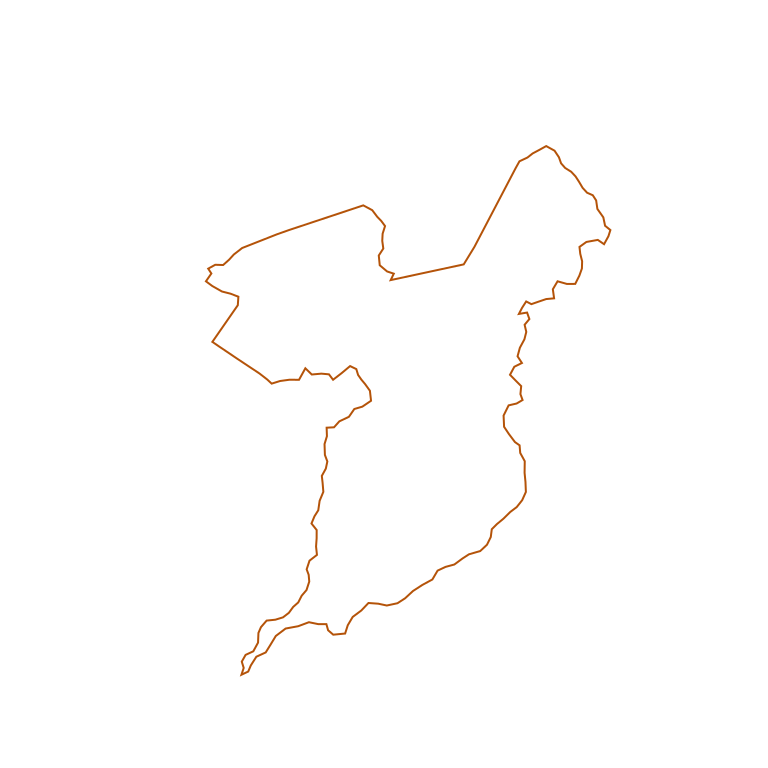 outline of São Martinho, Santa Catarina, Brazil, rotated 237°
{"feature_id": "56859067B20212770642910", "entity_name": "São Martinho", "entity_type": "district", "adm_level": 2, "iso_a3": "BRA", "parent_name": "Brazil", "parent_adm1": "Santa Catarina", "projection": "mercator", "projection_center": [-48.982, -28.115], "detail": "fine", "context": "isolated", "style": "outline", "palette": "amber", "viewbox_px": 768, "rotation_deg": 237, "n_neighbors": 0, "source": "geoboundaries", "source_scale": "gbopen_adm2", "svg_char_len": 2578}
<svg xmlns="http://www.w3.org/2000/svg" viewBox="0 0 768 768"><g transform="rotate(237 384 384)"><path d="M472.6,652.7L478.9,654.2L486.8,654.1L495.2,649.6L495.7,642.3L496.4,634.2L495.8,627.7L497.0,618.9L493.3,611.9L449.8,534.6L440.9,516.0L467.5,446.2L471.2,452.3L476.7,447.9L485.9,445.1L494.6,449.6L498.0,457.2L505.0,460.5L510.8,464.7L515.9,470.9L522.3,470.5L527.9,469.4L536.2,468.8L545.1,463.9L564.9,388.0L567.9,375.5L575.3,339.1L574.4,328.6L572.6,321.7L571.4,313.9L575.9,307.4L576.5,299.4L570.7,299.4L567.1,290.6L559.6,293.4L549.8,298.5L543.3,304.5L536.5,309.4L529.7,304.3L512.8,263.0L506.3,265.7L485.3,274.6L460.6,285.3L451.4,288.5L445.5,290.0L443.1,298.5L439.0,307.2L433.8,315.0L440.0,326.6L431.3,328.6L426.8,337.1L422.1,343.1L415.3,343.6L416.2,354.5L417.5,365.3L411.6,368.9L405.7,367.2L400.0,367.4L394.3,368.1L386.0,368.5L377.0,364.0L376.8,353.5L379.2,345.5L375.6,336.7L377.0,326.2L374.9,318.5L378.6,312.1L371.3,307.7L366.0,301.4L356.7,295.8L349.9,294.3L344.7,289.1L340.8,281.8L334.6,278.7L326.6,274.4L321.1,266.4L313.9,260.1L310.9,253.6L306.5,247.2L298.2,248.0L291.2,243.4L284.7,238.5L277.2,234.7L276.4,225.3L270.7,218.2L265.0,216.9L259.0,213.7L253.4,206.8L251.3,199.7L247.5,193.1L246.5,186.4L243.9,179.6L243.3,172.2L245.5,164.5L249.5,156.7L247.1,148.4L243.6,143.1L235.7,137.5L231.0,128.8L232.2,120.4L228.6,113.5L222.3,111.7L217.8,106.1L216.8,113.5L220.5,119.0L224.8,128.4L223.3,138.6L227.3,147.1L231.6,156.0L232.5,168.3L227.6,180.1L225.1,191.3L218.4,198.1L214.0,204.9L207.9,203.0L201.4,204.9L195.9,215.5L201.4,222.2L205.7,230.9L206.4,241.6L208.8,251.7L202.9,259.5L196.7,265.7L192.8,275.9L192.8,285.1L194.6,295.5L194.6,306.7L193.7,318.1L198.3,327.3L197.1,336.0L194.3,344.7L194.9,354.8L194.9,362.5L191.5,373.7L193.1,382.8L197.5,390.2L203.5,395.3L205.0,402.3L206.0,410.9L207.9,420.1L208.5,428.3L211.3,436.6L216.2,444.2L224.8,449.3L232.9,453.5L242.6,460.0L252.0,460.7L258.7,464.3L264.0,462.2L274.1,461.5L282.7,461.4L292.4,467.1L298.2,476.9L295.4,484.6L295.1,491.5L301.2,492.9L307.5,497.9L314.6,496.4L323.1,494.7L327.5,502.7L326.5,511.1L334.5,511.1L340.4,517.7L345.0,526.1L350.2,531.7L357.1,534.2L359.3,541.3L366.0,542.9L369.3,535.3L372.7,541.3L375.8,548.2L370.7,551.1L369.1,557.6L366.9,566.3L363.2,573.3L371.5,577.2L375.6,585.5L368.4,591.8L363.8,598.9L368.5,606.9L373.1,612.9L379.0,617.0L386.3,619.5L392.5,622.6L392.9,631.1L388.4,641.8L381.4,644.7L385.7,652.7L389.8,657.7L396.3,655.6L404.3,658.7L414.6,658.3L422.4,661.9L428.6,661.9L433.8,658.5L440.3,657.4L447.4,657.7L453.8,657.7L460.0,656.6L466.5,653.6L472.6,652.7Z" fill="none" stroke="#b45309" stroke-width="2"/></g></svg>